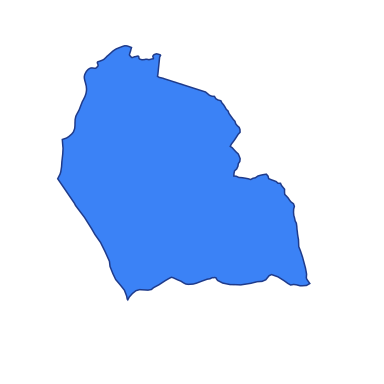 Cho-Airong, Narathiwat, Thailand, rotated 287°
{"feature_id": "78962969B3053888418312", "entity_name": "Cho-Airong", "entity_type": "district", "adm_level": 2, "iso_a3": "THA", "parent_name": "Thailand", "parent_adm1": "Narathiwat", "projection": "orthographic", "projection_center": [101.876, 6.214], "detail": "fine", "context": "isolated", "style": "filled", "palette": "blue", "viewbox_px": 384, "rotation_deg": 287, "n_neighbors": 0, "source": "geoboundaries", "source_scale": "gbopen_adm2", "svg_char_len": 4962}
<svg xmlns="http://www.w3.org/2000/svg" viewBox="0 0 384 384"><g transform="rotate(287 192 192)"><path d="M138.9,331.4L142.3,327.1L143.7,326.3L143.9,326.3L146.9,325.6L149.1,324.5L152.5,322.7L153.8,321.9L162.1,316.7L167.7,312.7L170.9,310.1L177.7,307.7L180.0,306.5L182.7,305.2L184.9,304.3L187.0,303.3L189.9,302.2L192.7,300.9L194.5,299.1L197.4,297.5L199.3,296.2L202.3,295.0L205.4,294.2L208.2,294.1L210.4,292.5L211.5,289.5L212.8,287.6L214.4,285.7L215.7,283.5L216.8,281.4L219.0,280.5L221.7,279.7L223.1,277.6L224.4,275.7L225.8,274.4L226.2,274.1L225.5,271.7L226.6,269.4L226.8,266.8L226.9,264.3L227.2,261.4L229.4,260.1L230.8,257.9L229.5,255.2L228.1,252.7L226.6,250.4L224.1,248.4L222.9,246.2L221.1,244.5L221.1,241.9L220.8,239.1L220.3,235.5L219.6,232.5L220.0,229.8L219.5,227.3L222.2,226.7L224.7,226.5L227.1,228.0L230.1,228.4L232.7,228.0L235.2,228.8L237.9,228.3L239.9,226.8L241.9,225.1L243.1,222.6L244.7,219.8L246.1,217.5L246.8,215.2L249.5,215.7L252.1,216.7L255.1,217.7L257.9,218.5L260.8,219.3L263.1,220.5L263.8,220.3L265.8,219.6L267.6,218.2L268.7,215.8L270.1,213.8L272.2,212.4L273.5,210.2L275.0,208.2L276.5,206.2L278.0,204.3L280.0,202.8L281.1,200.6L283.0,198.6L284.7,196.6L286.0,194.5L287.7,192.9L287.6,189.8L288.2,187.5L290.0,185.5L289.4,183.1L289.6,180.4L290.6,178.1L291.6,175.7L292.2,131.8L292.3,131.5L292.2,129.5L292.0,127.1L292.5,125.2L294.8,124.9L311.6,121.6L313.5,122.0L313.6,121.9L313.8,121.6L313.9,121.4L313.9,121.2L313.9,120.8L313.9,120.1L313.9,118.9L313.8,118.1L313.8,117.8L313.8,117.7L313.7,117.5L313.5,117.2L313.3,116.9L312.7,116.1L312.4,115.7L312.2,115.5L312.0,115.4L311.8,115.3L311.5,115.2L311.3,115.1L311.2,115.0L310.8,114.9L310.5,114.9L310.4,114.9L310.2,114.9L310.1,115.0L309.9,115.1L309.6,115.3L309.3,115.5L308.8,116.0L308.7,116.0L308.4,116.0L308.2,116.0L308.2,115.9L308.0,115.7L307.7,115.2L307.5,114.8L307.4,114.7L307.3,114.4L306.9,113.8L306.4,113.0L306.1,112.4L305.9,112.0L305.9,111.8L305.9,111.7L305.8,110.7L305.8,110.4L305.7,110.1L305.7,109.9L305.6,109.6L305.6,109.4L305.5,109.1L305.2,108.6L304.7,107.8L304.7,107.7L304.5,107.2L304.3,106.8L304.1,106.2L303.9,105.8L303.9,105.6L303.8,105.2L303.8,104.6L303.8,103.8L303.8,103.2L303.9,102.8L304.0,102.7L304.2,102.4L304.5,102.2L305.8,101.5L306.0,101.4L306.1,101.2L306.2,100.8L306.1,100.6L306.1,100.4L306.0,100.1L305.7,99.6L304.9,98.3L304.5,97.4L304.3,97.2L304.2,97.1L303.7,96.4L303.4,96.0L303.2,95.7L303.0,95.4L303.0,95.2L303.0,94.8L303.1,94.7L303.3,94.3L303.7,93.7L303.9,93.3L304.3,92.6L304.4,92.4L304.5,92.3L304.6,92.2L304.8,92.1L305.0,92.0L305.4,92.0L307.2,91.9L307.8,92.0L308.9,92.0L310.9,91.9L312.5,91.9L312.7,88.8L312.7,87.5L312.7,87.1L312.6,86.7L312.5,86.1L312.1,84.8L311.8,84.3L311.3,83.6L310.9,83.0L309.8,81.6L308.5,79.9L307.8,79.1L306.8,77.8L305.1,76.3L303.9,75.4L303.6,75.1L301.2,73.7L300.7,73.4L299.2,72.5L297.9,71.7L297.5,71.4L296.7,70.9L296.2,70.7L295.4,70.3L294.2,69.6L293.6,69.3L293.4,69.2L293.0,68.8L292.1,68.0L291.0,66.6L290.8,66.4L290.5,66.0L289.7,64.9L289.1,64.0L288.9,63.8L288.7,63.7L288.4,63.6L288.2,63.7L287.8,63.7L287.7,63.8L287.3,64.1L286.6,64.7L286.1,65.0L285.9,65.1L285.6,65.2L285.3,65.2L285.0,65.2L284.8,65.2L284.6,65.1L284.3,64.9L283.9,64.8L283.7,64.7L283.1,64.3L283.0,64.2L282.4,63.9L282.2,63.7L282.0,63.4L281.9,63.0L281.8,62.5L281.6,61.2L281.5,60.5L281.5,60.4L281.4,60.1L281.1,59.2L280.9,58.9L280.8,58.7L280.2,58.0L280.1,57.9L279.4,57.3L279.2,57.1L278.7,56.8L278.3,56.6L278.2,56.5L277.0,56.0L276.7,55.8L276.3,55.7L274.8,55.4L274.3,55.3L273.6,55.2L272.9,55.1L271.6,55.2L271.4,55.2L270.8,55.3L270.4,55.4L269.6,55.7L269.3,55.8L269.1,55.9L268.7,56.1L267.1,57.0L265.4,58.1L263.2,59.4L262.4,59.9L261.4,60.3L260.4,60.7L260.0,60.9L258.7,61.3L258.1,61.4L257.8,61.5L257.6,61.5L257.0,61.6L256.1,61.7L255.7,61.8L254.9,61.8L253.9,61.8L251.9,61.7L250.7,61.5L248.2,61.1L246.4,60.7L242.4,60.4L237.7,60.1L234.1,59.4L232.7,59.1L232.0,59.0L230.8,58.8L230.7,58.8L229.8,58.8L227.9,59.0L227.5,59.0L227.0,59.1L224.7,59.7L224.2,59.8L222.2,60.4L221.1,60.7L219.1,61.1L218.6,61.2L218.0,61.2L217.2,61.2L214.6,61.0L212.2,60.0L209.0,58.0L206.9,56.2L204.3,52.6L199.5,54.5L196.8,55.6L196.1,55.9L190.4,57.3L183.0,58.7L177.9,59.9L172.9,60.6L170.5,60.6L165.4,59.7L146.9,82.8L145.0,84.6L136.3,96.6L127.4,106.9L122.9,111.7L117.1,119.2L109.5,126.4L101.6,133.3L96.8,135.4L90.8,140.2L86.0,144.6L82.0,150.8L78.4,156.0L76.0,157.9L73.4,159.9L70.6,161.4L70.1,162.1L73.2,162.7L77.5,164.7L81.2,167.2L83.3,170.4L85.3,178.6L86.9,181.7L89.3,183.2L93.6,187.5L99.6,192.5L102.8,195.5L104.4,197.2L104.5,199.0L103.8,204.0L103.5,207.4L102.6,210.6L102.2,213.0L102.6,215.5L104.3,220.0L106.1,222.9L109.6,227.4L113.1,232.1L114.3,234.6L115.3,235.6L116.1,236.6L116.4,237.9L116.9,238.7L116.9,240.1L116.3,240.6L115.9,241.0L114.9,242.4L113.9,248.0L114.6,255.5L116.2,261.0L117.4,265.7L121.8,274.8L125.3,280.6L127.0,285.1L129.6,288.2L134.5,290.2L136.3,292.2L136.0,299.0L134.1,306.0L132.6,310.4L131.9,313.5L133.3,316.2L133.8,319.1L133.9,322.7L134.5,324.7L136.1,328.8L138.9,331.4Z" fill="#3b82f6" stroke="#1e3a8a" stroke-width="1.5"/></g></svg>